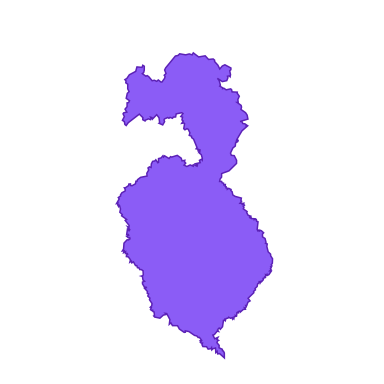 the district of Ciamis, Jawa Barat, Indonesia, rotated 213°
{"feature_id": "22746128B17121530580660", "entity_name": "Ciamis", "entity_type": "district", "adm_level": 2, "iso_a3": "IDN", "parent_name": "Indonesia", "parent_adm1": "Jawa Barat", "projection": "robinson", "projection_center": [108.425, -7.311], "detail": "fine", "context": "isolated", "style": "filled", "palette": "violet", "viewbox_px": 384, "rotation_deg": 213, "n_neighbors": 0, "source": "geoboundaries", "source_scale": "gbopen_adm2", "svg_char_len": 5960}
<svg xmlns="http://www.w3.org/2000/svg" viewBox="0 0 384 384"><g transform="rotate(213 192 192)"><path d="M169.0,78.5L164.8,76.7L163.8,74.6L164.2,72.7L163.2,73.0L162.8,70.8L161.3,70.6L160.6,71.4L159.7,70.5L158.4,70.7L156.2,67.9L156.6,67.2L155.2,66.8L150.2,68.7L149.0,73.1L146.8,75.4L148.2,75.7L147.0,76.3L141.1,73.0L139.0,68.7L138.4,70.7L135.6,69.3L131.3,72.0L128.0,70.2L122.1,70.0L121.2,70.8L122.0,71.9L118.5,73.3L111.8,73.1L109.6,73.9L107.6,73.3L106.6,74.1L103.5,73.0L104.0,72.0L103.0,72.2L103.4,70.6L101.9,70.3L100.9,71.0L100.5,69.4L98.7,68.3L95.5,70.2L92.9,69.0L90.8,70.9L90.8,72.1L89.4,70.4L89.0,72.1L87.3,73.9L84.6,70.3L84.2,72.1L82.3,70.2L80.8,71.5L74.5,70.5L77.2,74.6L79.0,75.7L80.0,75.5L80.9,76.6L84.5,76.1L85.7,78.2L89.0,79.2L89.5,80.9L88.9,82.0L90.9,82.0L91.1,84.2L93.0,81.3L96.6,83.4L95.6,84.6L95.1,89.0L93.8,89.5L95.4,90.2L95.4,92.1L94.9,92.8L93.5,92.3L93.0,95.6L95.7,101.5L94.7,102.0L95.0,102.7L94.0,102.3L94.6,104.3L93.1,105.9L93.1,106.9L90.9,107.1L89.9,108.5L89.0,107.7L89.1,108.5L87.8,108.3L88.7,110.3L87.4,111.7L88.2,112.1L87.2,112.5L88.6,115.3L87.3,115.9L88.1,116.8L87.0,118.1L86.1,117.5L85.0,121.5L83.4,122.7L84.9,123.5L84.0,123.8L84.0,125.5L85.1,126.1L84.3,126.8L85.1,130.0L84.0,132.3L87.1,133.4L85.3,141.2L86.2,142.2L85.5,144.5L86.6,145.4L85.9,148.2L86.9,150.7L86.3,152.3L86.9,153.4L86.0,154.0L85.3,153.1L85.4,154.8L84.8,154.7L84.4,157.3L85.3,158.3L83.9,160.2L84.8,160.5L84.4,161.9L85.2,162.7L84.1,162.8L84.2,163.8L83.3,163.2L82.5,164.6L82.4,168.8L83.8,168.2L83.2,169.8L84.4,170.3L84.4,171.8L85.3,172.2L84.7,173.5L85.9,174.2L85.8,176.0L88.1,179.9L91.2,181.3L92.3,182.7L95.5,183.3L99.6,187.1L100.6,189.4L102.4,189.0L102.5,190.1L105.4,192.8L108.4,192.8L110.0,195.1L109.7,196.8L112.6,197.3L113.8,197.1L114.3,195.9L115.2,196.6L115.6,195.3L116.9,196.0L120.4,203.0L121.9,202.7L123.1,204.0L124.7,202.8L124.7,203.8L127.7,202.1L128.8,203.0L129.1,201.9L130.1,202.3L129.7,203.7L132.4,203.1L134.9,204.5L135.1,205.6L139.8,205.8L140.0,207.3L141.1,207.8L140.8,209.5L142.3,209.8L142.4,210.8L143.3,210.2L143.1,209.0L144.5,209.5L145.6,208.7L145.4,211.3L146.3,211.4L147.3,213.8L153.5,211.8L156.2,211.8L158.5,214.1L160.3,214.4L160.6,215.4L163.2,215.1L163.9,213.5L164.6,214.4L165.8,214.0L166.2,215.0L167.3,214.9L168.1,216.4L169.2,215.3L170.3,216.6L171.7,216.1L172.9,217.0L174.6,215.9L175.5,218.1L175.3,220.6L177.2,223.6L172.5,229.9L170.2,240.2L171.9,242.9L176.4,245.5L179.0,244.2L180.9,245.6L181.7,251.2L180.7,254.1L182.2,256.9L181.1,259.2L181.3,260.3L182.0,260.6L182.6,259.1L183.0,260.3L183.4,270.5L181.4,277.6L182.6,277.1L182.4,277.9L184.8,278.0L186.7,277.1L188.6,278.3L190.1,277.3L184.8,283.6L187.6,286.5L190.3,287.7L195.9,287.9L196.7,290.2L198.0,291.4L203.0,291.7L202.1,292.4L203.9,294.5L204.5,298.1L208.0,299.5L208.4,300.4L212.9,297.8L214.7,299.5L215.8,299.5L219.0,296.3L221.6,296.4L222.6,295.4L222.9,296.1L226.4,295.9L226.3,297.0L229.8,300.2L232.6,301.2L226.7,301.1L223.5,304.3L224.1,307.4L225.3,308.4L223.9,309.7L222.8,309.4L223.6,311.4L226.4,314.2L226.0,315.7L226.9,317.2L233.7,316.6L235.2,314.2L235.7,310.3L239.4,312.5L244.0,313.7L244.9,314.9L246.7,315.1L250.3,312.2L255.1,313.4L260.0,308.9L266.7,309.4L266.6,307.1L269.5,306.3L272.0,303.6L277.6,301.2L278.1,298.9L280.0,297.0L281.7,281.7L281.4,279.4L278.3,277.2L278.9,274.8L277.5,274.2L276.9,272.5L277.1,267.9L277.9,267.3L281.3,267.6L281.9,265.6L284.5,265.2L286.0,263.6L291.2,265.2L293.0,265.2L293.7,264.0L298.1,264.2L297.6,265.9L298.4,268.2L300.5,271.5L302.3,271.5L301.8,269.3L306.3,266.9L304.9,262.5L308.4,256.2L308.5,251.7L309.5,249.7L307.8,249.2L307.0,247.5L304.6,247.4L302.1,243.5L299.4,241.9L300.0,239.5L298.2,234.7L294.1,234.5L293.9,232.4L295.0,231.4L292.9,228.2L293.3,225.0L290.2,223.5L292.4,221.2L292.4,220.0L289.8,218.4L289.4,214.2L287.1,214.2L285.1,212.1L283.4,211.9L283.2,215.4L278.6,228.6L273.7,227.6L272.7,225.8L270.1,226.0L270.3,226.7L268.4,229.6L266.2,230.1L266.5,231.6L267.5,232.2L266.1,232.6L264.9,231.5L263.7,237.6L260.1,236.3L256.8,232.4L257.1,231.7L253.1,232.3L253.3,236.1L254.7,237.2L254.9,238.2L253.0,241.2L251.5,241.3L251.1,242.6L248.5,243.2L248.5,244.6L246.6,246.0L247.8,248.9L243.8,252.9L242.3,252.9L242.5,249.2L240.7,249.6L239.7,247.0L238.0,246.7L238.0,244.0L236.5,245.4L235.5,245.3L233.4,240.6L231.8,240.3L230.7,242.4L229.2,242.5L226.0,240.5L225.2,238.0L222.8,238.5L221.9,237.4L219.5,237.2L212.0,232.0L212.1,230.5L210.6,231.1L209.7,230.3L209.8,231.2L208.7,231.5L208.1,229.7L207.8,230.8L206.7,228.6L204.6,228.4L201.7,225.9L200.8,224.3L201.9,224.6L203.0,222.6L201.1,221.1L204.4,217.7L202.2,217.8L201.8,216.4L205.2,216.0L205.9,215.0L205.2,214.3L208.3,213.7L210.2,210.6L213.3,210.2L213.0,212.8L214.7,213.2L215.3,214.7L217.3,212.7L219.5,214.5L224.3,214.7L228.1,210.2L229.2,210.0L229.5,207.6L234.7,207.4L234.9,205.9L236.1,206.6L236.5,203.7L238.3,201.8L236.2,198.6L236.6,197.9L239.9,199.3L240.1,197.8L241.7,196.3L241.4,193.4L239.7,190.3L241.4,189.9L242.0,188.2L240.3,186.8L240.1,183.1L238.4,180.9L243.1,176.3L244.4,172.7L244.0,171.0L244.9,170.5L243.9,168.1L245.7,164.6L247.0,164.0L248.0,165.3L249.3,164.3L248.7,162.9L250.2,159.2L251.0,158.7L249.0,157.4L248.7,156.2L250.4,153.2L250.4,150.6L249.7,149.8L250.8,147.2L249.3,146.5L249.0,141.4L248.2,142.4L247.6,140.9L245.8,139.9L246.1,141.3L245.6,141.3L242.7,138.8L241.5,135.7L238.2,135.1L238.1,133.7L231.9,133.4L232.6,131.8L226.5,129.7L225.7,128.0L227.0,127.8L223.7,126.5L223.7,125.2L225.9,125.7L223.7,120.9L222.2,121.7L221.5,121.2L222.8,119.3L220.4,118.9L219.4,119.8L218.5,118.9L219.1,117.3L220.4,116.6L221.2,112.1L218.4,107.0L218.3,104.6L216.9,105.9L216.3,103.9L215.2,105.8L214.3,104.1L212.7,105.2L212.0,104.6L212.5,103.4L211.9,102.1L210.0,102.9L206.7,101.6L205.9,99.3L205.1,101.0L203.9,99.8L203.0,101.5L199.3,99.5L198.2,100.2L196.5,98.8L195.3,99.5L193.5,98.5L192.4,99.3L190.2,99.3L187.9,96.2L187.7,95.0L188.7,93.9L187.6,94.2L185.2,91.5L183.2,91.3L184.5,89.5L183.5,88.0L180.2,86.4L177.8,87.4L179.4,85.4L175.2,84.3L174.4,82.7L172.9,82.9L172.4,80.7L169.5,80.1L169.0,78.5Z" fill="#8b5cf6" stroke="#5b21b6" stroke-width="1.5"/></g></svg>